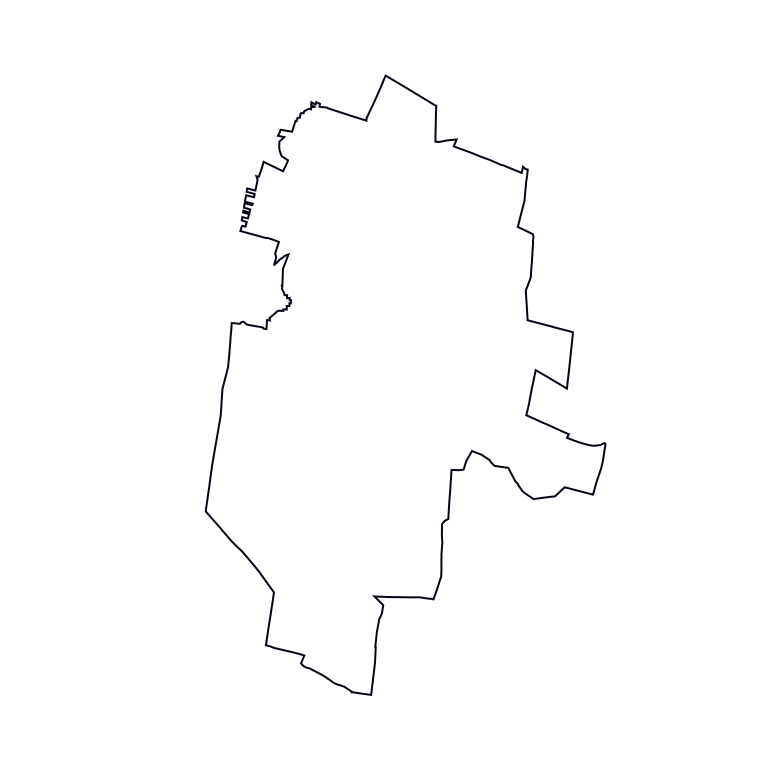 outline of Temascalapa, México, Mexico, rotated 347°
{"feature_id": "50627088B1319644746594", "entity_name": "Temascalapa", "entity_type": "district", "adm_level": 2, "iso_a3": "MEX", "parent_name": "Mexico", "parent_adm1": "México", "projection": "natural_earth1", "projection_center": [-98.879, 19.816], "detail": "fine", "context": "isolated", "style": "outline", "palette": "ink", "viewbox_px": 768, "rotation_deg": 347, "n_neighbors": 0, "source": "geoboundaries", "source_scale": "gbopen_adm2", "svg_char_len": 5813}
<svg xmlns="http://www.w3.org/2000/svg" viewBox="0 0 768 768"><g transform="rotate(347 384 384)"><path d="M198.3,424.5L196.0,430.6L193.6,436.8L191.3,443.0L187.7,452.2L184.1,461.6L181.7,467.8L182.0,468.7L186.9,477.9L191.9,487.0L193.6,490.5L196.8,496.6L200.0,502.7L203.0,507.5L205.2,510.9L207.9,514.9L209.1,517.2L212.8,524.3L216.9,532.3L219.6,537.7L219.7,537.9L222.4,544.4L226.5,554.2L229.9,562.3L227.4,568.8L225.1,574.5L221.7,583.1L218.2,591.7L215.9,597.5L213.6,603.3L210.2,612.0L214.3,614.2L216.9,615.9L217.3,616.1L217.8,616.6L218.5,616.9L219.2,617.2L220.7,618.0L228.5,621.8L233.6,624.3L240.7,628.0L245.3,630.6L240.3,637.6L242.1,640.7L244.3,642.7L247.3,644.2L247.8,644.6L250.7,647.1L254.3,650.2L257.1,652.6L259.2,654.5L261.2,656.4L262.8,658.3L265.7,661.5L267.0,663.0L269.6,665.5L274.8,668.5L276.6,669.6L278.2,671.0L278.5,671.5L280.7,673.7L283.4,676.5L283.2,677.1L284.3,677.4L293.0,680.8L301.6,684.1L303.8,677.7L306.1,671.5L307.9,666.4L310.2,660.1L312.5,653.7L314.2,647.7L316.7,638.7L316.3,638.3L318.7,631.5L321.0,624.7L323.7,618.6L326.3,612.4L330.3,607.2L333.5,599.4L330.2,594.1L326.9,588.8L329.5,589.6L331.0,590.0L332.2,590.3L334.7,591.0L338.6,592.1L339.4,592.3L340.2,592.5L342.5,593.1L351.2,595.2L352.9,595.6L357.2,596.7L365.2,598.6L370.8,599.9L376.2,602.0L379.0,603.1L379.6,603.4L381.4,603.8L383.8,605.0L387.2,599.6L390.6,594.1L395.6,585.8L396.3,584.9L398.2,577.9L399.8,570.8L400.5,567.6L401.3,564.9L401.5,563.5L403.6,556.6L403.7,556.3L405.1,552.0L406.4,544.2L409.0,533.6L412.5,531.0L416.3,530.0L419.1,520.4L420.5,515.6L421.5,512.3L424.8,501.9L425.8,498.4L429.4,486.5L430.4,483.2L430.5,482.9L437.9,484.9L438.9,485.0L442.2,485.4L443.0,484.1L444.6,481.4L446.2,478.7L447.0,477.5L448.1,476.2L450.1,474.0L452.4,471.6L454.6,469.1L456.6,470.5L462.2,474.2L462.7,474.5L463.1,474.8L465.5,477.4L465.7,477.6L469.8,482.0L470.7,484.5L473.3,488.6L479.5,491.1L482.6,492.3L486.3,493.7L487.7,499.4L489.7,506.8L490.2,508.7L492.1,511.5L492.3,513.3L494.6,519.1L496.3,521.6L498.8,524.3L503.8,529.7L510.9,530.4L511.4,530.4L517.0,531.0L525.4,531.9L531.1,528.6L536.8,525.3L537.6,525.7L543.0,528.5L548.5,531.4L557.0,535.8L562.8,538.8L565.7,533.5L568.5,528.2L573.6,520.0L577.0,514.4L579.7,508.8L583.1,500.3L586.3,492.5L585.7,491.2L583.6,491.5L581.1,492.2L574.3,491.4L569.4,489.4L562.8,485.8L557.0,482.2L550.2,477.6L552.8,474.5L552.6,474.4L550.6,472.9L548.3,471.2L545.9,469.4L543.3,467.4L539.8,464.8L539.7,464.6L536.4,462.1L534.2,460.4L531.8,458.7L528.1,456.0L523.0,452.0L520.4,450.1L515.6,446.4L520.5,436.7L523.1,430.7L525.7,424.7L527.2,421.2L529.5,416.5L532.0,411.0L534.9,404.7L541.1,410.4L544.1,413.2L545.7,414.7L547.6,416.6L551.9,420.7L554.1,422.8L558.8,427.3L561.2,429.6L564.9,419.1L567.3,412.4L570.6,402.9L572.8,396.5L575.0,390.2L575.8,387.7L576.0,387.0L576.3,386.4L579.8,376.1L574.6,373.3L569.4,370.6L564.2,367.9L559.1,365.1L553.9,362.4L548.7,359.7L543.5,356.9L538.3,354.2L540.7,339.8L543.1,325.1L547.1,319.1L551.0,313.1L551.3,312.2L552.8,306.8L555.5,298.6L556.7,294.5L557.8,291.1L558.3,288.7L559.0,286.7L559.2,286.1L559.4,285.2L560.5,282.0L561.4,278.0L562.8,274.1L562.7,271.4L554.9,265.2L549.7,261.1L553.0,254.7L556.3,248.3L559.1,242.8L562.0,237.4L564.8,228.8L568.1,218.8L570.2,213.5L572.3,207.4L570.3,206.4L568.3,203.6L565.7,209.3L554.7,201.6L548.7,197.3L547.8,197.1L536.8,189.0L533.6,187.0L530.8,185.2L530.7,185.1L528.3,183.5L524.4,180.7L521.7,178.8L505.4,168.2L509.8,162.1L500.0,160.8L494.9,160.7L493.2,160.6L491.0,160.3L488.7,159.5L488.8,158.7L490.0,153.7L492.9,142.4L493.9,138.2L495.8,131.0L495.9,130.8L497.5,124.5L496.8,124.3L468.0,96.3L454.9,83.9L446.9,95.1L438.7,106.0L426.8,121.1L426.1,123.5L425.5,123.1L412.6,115.5L410.6,114.3L391.3,102.7L390.8,101.9L389.4,101.4L383.6,99.5L383.5,99.4L384.6,96.6L381.3,94.1L380.4,96.4L380.2,96.4L376.7,93.2L375.8,95.6L378.3,98.1L378.0,98.1L378.0,98.3L375.1,97.9L374.6,99.9L372.3,99.0L367.6,100.3L366.5,102.1L364.6,101.5L363.8,101.5L363.5,102.3L363.1,102.8L362.8,103.6L362.5,104.1L362.2,104.8L362.0,105.5L361.5,105.7L361.3,105.6L360.9,105.4L360.7,105.5L359.7,105.4L359.2,105.8L359.0,106.4L358.9,106.9L358.4,107.9L357.7,108.3L357.0,107.8L355.0,111.1L352.5,115.4L351.2,117.5L340.3,113.0L339.7,114.1L339.0,115.5L337.8,116.8L336.5,118.3L342.3,121.0L337.0,124.1L336.6,124.3L335.5,128.3L335.3,129.1L334.8,132.7L335.2,137.0L335.6,139.2L340.8,144.4L339.5,146.5L337.5,149.1L335.8,151.1L333.5,154.0L316.7,140.5L315.0,143.5L313.3,146.6L308.5,154.1L306.4,152.8L306.6,155.5L306.7,156.8L302.2,166.6L294.7,162.7L294.0,164.2L293.4,165.9L300.7,169.7L299.4,172.8L292.1,169.1L291.6,170.3L290.1,173.6L289.5,175.1L296.8,178.8L295.8,180.1L288.9,176.6L288.4,177.8L287.8,179.3L287.2,180.7L292.9,183.8L291.6,186.6L286.0,183.5L285.3,185.2L290.9,188.1L288.6,192.1L283.5,189.5L282.8,191.2L282.2,192.7L286.7,195.2L284.8,198.7L284.4,199.5L281.6,198.0L280.2,199.5L278.5,202.7L280.3,203.6L299.7,214.1L301.4,215.0L303.8,215.7L308.3,218.4L313.2,221.7L313.6,222.0L312.0,224.6L308.8,229.8L307.3,232.4L307.4,233.9L307.5,235.4L307.1,237.1L306.1,239.0L303.4,243.7L304.7,242.9L306.1,242.0L308.6,240.5L310.9,239.1L316.7,236.7L320.0,236.3L315.6,243.0L311.5,248.9L310.4,253.0L309.4,256.9L307.1,265.3L306.6,265.2L306.7,266.4L306.0,268.3L306.7,271.2L307.3,273.8L307.1,275.0L307.6,275.3L308.9,275.5L309.6,275.7L308.8,278.4L308.9,278.5L311.5,278.9L311.0,281.0L312.3,281.5L311.3,284.4L310.1,283.9L309.3,286.7L306.8,286.2L306.0,289.6L303.0,288.7L302.6,288.7L302.3,290.1L297.1,288.8L293.0,291.0L287.3,294.0L287.2,296.5L284.4,295.4L281.8,304.0L279.2,303.0L278.7,301.8L276.5,300.7L263.9,295.4L262.6,293.6L261.6,292.1L260.7,291.6L258.2,292.0L257.1,293.0L256.4,292.7L249.4,290.3L247.8,295.4L247.1,297.7L245.5,302.5L244.8,304.8L243.5,309.1L243.2,310.2L242.5,312.0L242.4,312.7L241.3,315.9L240.1,319.9L235.9,332.4L227.2,349.2L225.4,352.7L217.9,377.8L210.9,394.5L204.6,409.4L198.3,424.5Z" fill="none" stroke="#020617" stroke-width="2"/></g></svg>